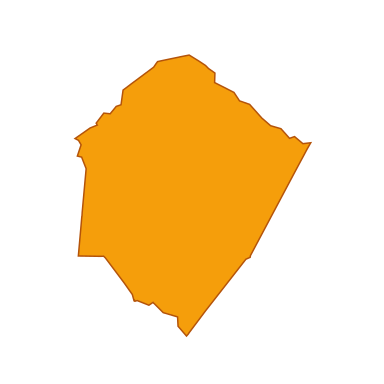 Johnston, North Carolina, United States of America, rotated 161°
{"feature_id": "52423323B84526796546447", "entity_name": "Johnston", "entity_type": "district", "adm_level": 2, "iso_a3": "USA", "parent_name": "United States of America", "parent_adm1": "North Carolina", "projection": "robinson", "projection_center": [-78.326, 35.536], "detail": "fine", "context": "isolated", "style": "filled", "palette": "amber", "viewbox_px": 384, "rotation_deg": 161, "n_neighbors": 0, "source": "geoboundaries", "source_scale": "gbopen_adm2", "svg_char_len": 1284}
<svg xmlns="http://www.w3.org/2000/svg" viewBox="0 0 384 384"><g transform="rotate(161 192 192)"><path d="M63.7,199.9L71.4,201.6L77.0,211.0L82.3,211.0L87.3,222.9L96.1,229.1L101.1,237.8L101.3,238.1L101.7,238.7L109.0,256.1L117.4,262.7L119.9,272.5L135.0,288.1L131.6,297.0L131.8,297.3L136.2,303.4L138.0,307.2L142.9,313.6L150.1,322.4L159.4,323.7L160.6,323.8L166.7,324.6L179.4,326.2L182.1,326.5L184.0,325.2L187.6,322.5L213.6,314.2L214.6,313.9L216.0,313.4L224.0,310.8L230.7,297.6L235.8,297.6L243.9,292.6L249.7,295.3L260.2,288.3L260.2,288.1L260.0,287.9L259.9,287.5L259.9,287.1L260.1,286.6L259.9,286.1L267.5,285.7L285.2,280.6L282.5,277.8L281.5,272.7L288.7,263.3L285.0,260.9L284.5,248.5L302.5,208.4L302.9,207.4L303.9,205.0L304.1,204.8L309.2,193.3L320.3,168.5L317.8,167.6L317.5,167.5L300.1,161.2L297.0,160.2L296.5,160.1L295.4,158.0L285.8,128.3L281.8,114.5L282.1,109.9L282.2,108.3L281.6,108.4L281.6,108.1L282.0,107.9L281.8,107.5L281.5,107.3L279.2,107.2L269.6,99.0L264.8,100.3L264.7,99.9L264.5,99.5L264.4,99.3L264.3,99.1L264.2,99.0L264.1,98.9L258.5,87.3L246.3,78.6L248.9,69.6L244.1,57.6L241.6,59.0L240.5,59.9L217.2,75.7L216.7,76.0L162.9,110.9L158.3,111.3L157.4,112.9L90.1,175.7L81.7,183.5L74.0,190.6L69.5,194.8L69.4,194.9L63.7,199.9Z" fill="#f59e0b" stroke="#b45309" stroke-width="1.5"/></g></svg>